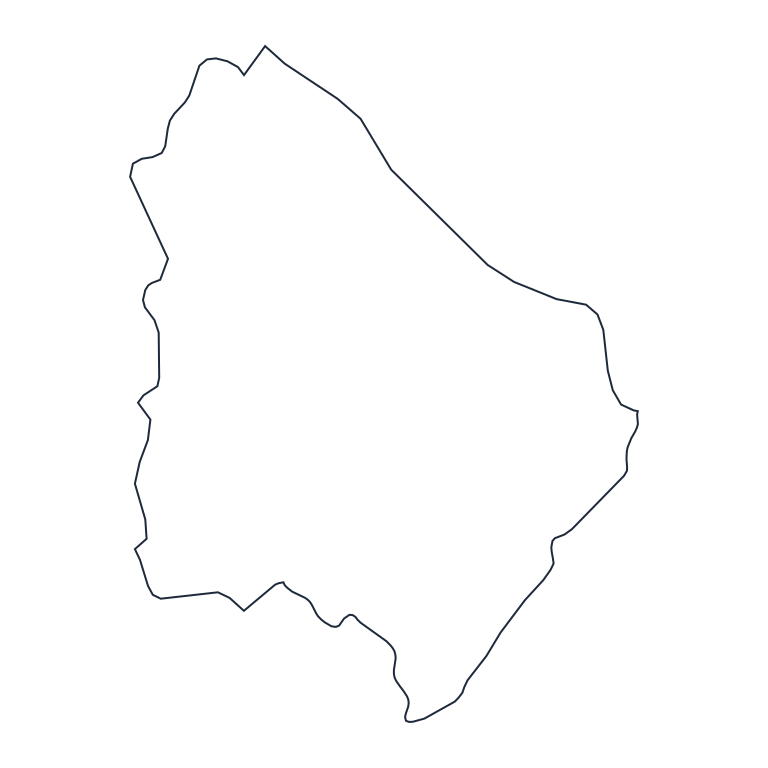 outline of Chieti
{"feature_id": "ITA-5421", "entity_name": "Chieti", "entity_type": "Province", "adm_level": 1, "iso_a3": "ITA", "parent_name": "Italy", "parent_adm1": "", "projection": "orthographic", "projection_center": [14.381, 42.106], "detail": "fine", "context": "isolated", "style": "outline", "palette": "slate", "viewbox_px": 768, "rotation_deg": 0, "n_neighbors": 0, "source": "natural_earth", "source_scale": "10m", "svg_char_len": 1760}
<svg xmlns="http://www.w3.org/2000/svg" viewBox="0 0 768 768"><path d="M265.1,46.1L284.9,63.8L337.7,98.9L360.6,118.8L391.2,169.7L487.7,265.0L514.0,281.9L556.5,299.1L586.1,304.7L597.5,314.5L603.3,329.8L607.8,370.7L612.8,390.3L621.1,404.6L633.5,410.3L637.8,411.2L637.1,414.3L637.9,424.0L637.1,427.1L635.3,431.3L631.3,438.2L627.6,447.4L626.8,451.4L626.5,459.4L627.1,467.0L627.0,470.7L624.1,475.7L571.9,529.2L564.5,534.5L554.9,538.2L552.5,540.9L551.3,547.3L551.7,551.8L553.1,559.6L553.6,563.5L550.7,569.6L543.3,580.1L524.9,600.2L500.6,632.5L486.4,656.0L467.6,680.2L464.3,687.1L462.4,692.7L458.4,697.9L454.8,701.6L436.9,711.6L424.4,718.6L412.7,721.8L408.8,721.9L405.9,720.7L405.1,717.0L405.8,713.7L408.2,706.7L408.7,703.1L408.3,699.7L407.1,696.5L403.6,691.1L399.7,686.0L396.0,680.6L394.6,677.5L393.9,674.0L393.9,670.0L395.7,658.1L395.3,654.4L394.4,651.1L392.8,648.3L390.9,645.8L386.4,641.2L360.7,622.8L357.6,619.8L355.4,616.9L352.7,615.1L349.5,614.8L344.1,618.5L339.1,625.6L335.9,626.9L331.5,626.3L324.7,622.3L320.9,619.2L318.0,616.2L316.3,613.6L311.7,604.6L309.9,601.9L307.7,599.7L305.0,597.8L292.1,591.6L287.4,587.9L285.8,586.4L284.5,584.8L283.4,582.3L278.6,583.2L275.1,584.7L243.9,610.8L229.6,597.9L217.9,592.3L160.8,598.7L152.8,594.8L148.0,585.9L140.0,559.9L134.9,549.1L146.6,538.8L145.3,519.5L134.9,483.7L139.7,462.0L147.9,440.0L150.4,419.6L138.0,402.7L143.5,395.3L157.4,386.2L159.2,377.8L158.7,332.6L154.5,320.2L144.9,307.3L143.0,300.0L145.3,290.0L148.3,285.3L151.8,283.0L160.2,279.8L168.0,258.8L130.1,176.8L132.9,163.7L141.7,158.8L152.5,157.1L161.7,153.0L165.2,146.3L167.8,128.6L169.9,120.6L174.3,113.7L184.9,102.4L189.3,95.5L199.4,65.7L207.0,59.4L216.0,58.4L227.5,61.3L238.0,67.1L244.0,75.1L265.1,46.1Z" fill="none" stroke="#1e293b" stroke-width="2"/></svg>